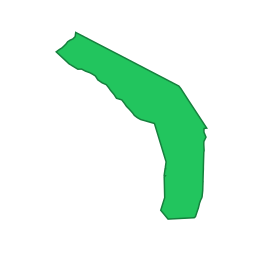 outline of San Miguel Tecomatlán, Oaxaca, Mexico, rotated 110°
{"feature_id": "50627088B83273926369919", "entity_name": "San Miguel Tecomatlán", "entity_type": "district", "adm_level": 2, "iso_a3": "MEX", "parent_name": "Mexico", "parent_adm1": "Oaxaca", "projection": "equal_earth", "projection_center": [-97.281, 17.371], "detail": "fine", "context": "isolated", "style": "filled", "palette": "green", "viewbox_px": 256, "rotation_deg": 110, "n_neighbors": 0, "source": "geoboundaries", "source_scale": "gbopen_adm2", "svg_char_len": 1267}
<svg xmlns="http://www.w3.org/2000/svg" viewBox="0 0 256 256"><g transform="rotate(110 128 128)"><path d="M71.2,94.6L61.6,167.6L56.1,209.8L60.2,208.9L63.2,210.3L65.3,212.5L67.6,214.2L70.3,215.0L73.1,216.3L75.4,217.5L77.8,219.4L81.0,221.5L87.9,205.3L89.9,195.3L88.5,191.7L89.1,187.4L89.1,182.6L89.6,179.4L90.3,176.4L93.1,172.8L94.4,167.8L94.7,163.2L96.6,160.1L98.7,157.1L101.3,152.6L104.0,149.0L103.7,143.5L105.7,140.3L108.2,136.8L110.0,133.0L112.4,128.6L114.0,126.3L115.1,122.7L115.7,119.1L114.7,104.7L146.8,80.6L151.6,79.6L153.1,78.9L153.1,79.0L153.2,79.3L160.2,77.8L160.5,77.7L160.4,77.0L160.5,77.0L160.4,76.8L161.7,77.2L180.9,69.7L194.1,69.1L199.9,59.2L190.0,35.9L189.5,34.9L188.1,34.3L185.0,34.4L181.2,34.5L180.3,34.5L179.3,34.5L178.4,34.6L176.6,34.8L174.8,35.0L174.5,35.1L173.3,35.1L171.8,35.1L170.8,35.1L168.3,34.8L166.7,35.0L165.0,35.5L164.8,35.5L161.6,36.3L159.7,36.9L159.4,37.0L158.8,37.2L157.6,37.6L156.4,38.0L155.1,38.4L153.9,38.8L152.2,39.3L151.9,39.5L150.1,40.1L149.2,40.4L148.3,40.7L147.4,41.0L146.5,41.3L145.6,41.6L140.6,43.2L138.7,43.9L125.4,48.3L124.8,48.5L124.1,48.6L123.1,48.8L117.7,51.1L114.8,52.1L109.9,51.6L106.0,55.2L104.1,55.9L102.4,56.3L101.2,54.0L81.4,80.6L72.9,91.8L71.2,94.6Z" fill="#22c55e" stroke="#15803d" stroke-width="1.5"/></g></svg>